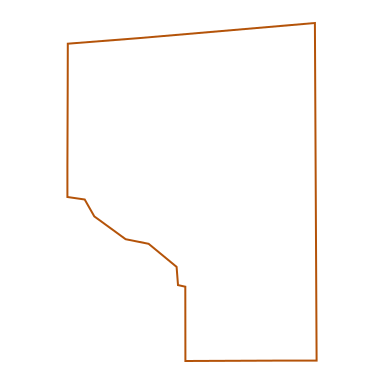 outline of Covington, Mississippi, United States of America
{"feature_id": "52423323B85290148440084", "entity_name": "Covington", "entity_type": "district", "adm_level": 2, "iso_a3": "USA", "parent_name": "United States of America", "parent_adm1": "Mississippi", "projection": "equal_earth", "projection_center": [-89.603, 31.615], "detail": "fine", "context": "isolated", "style": "outline", "palette": "amber", "viewbox_px": 384, "rotation_deg": 0, "n_neighbors": 0, "source": "geoboundaries", "source_scale": "gbopen_adm2", "svg_char_len": 333}
<svg xmlns="http://www.w3.org/2000/svg" viewBox="0 0 384 384"><path d="M316.6,360.6L314.9,23.0L139.1,38.1L67.8,43.7L67.7,86.8L67.4,167.0L67.4,197.0L84.7,199.5L94.3,216.4L125.6,239.2L148.6,243.8L176.6,266.9L178.0,285.1L185.3,286.7L185.4,361.0L279.9,360.6L313.3,360.6L316.6,360.6Z" fill="none" stroke="#b45309" stroke-width="2"/></svg>